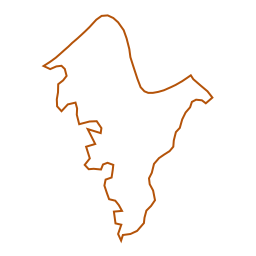 the district of Barra do Guarita, Rio Grande do Sul, Brazil
{"feature_id": "56859067B90277540164960", "entity_name": "Barra do Guarita", "entity_type": "district", "adm_level": 2, "iso_a3": "BRA", "parent_name": "Brazil", "parent_adm1": "Rio Grande do Sul", "projection": "robinson", "projection_center": [-53.764, -27.213], "detail": "fine", "context": "isolated", "style": "outline", "palette": "amber", "viewbox_px": 256, "rotation_deg": 0, "n_neighbors": 0, "source": "geoboundaries", "source_scale": "gbopen_adm2", "svg_char_len": 1372}
<svg xmlns="http://www.w3.org/2000/svg" viewBox="0 0 256 256"><path d="M43.6,66.0L50.2,69.1L56.4,66.4L61.5,65.8L64.8,69.0L66.6,75.9L63.1,80.4L58.2,84.2L58.0,92.4L56.8,99.3L57.1,106.3L61.5,111.2L67.8,104.4L75.5,102.6L77.1,108.5L76.8,114.7L79.2,124.2L89.6,121.5L96.7,121.2L101.4,128.1L100.7,133.1L87.7,129.1L95.2,144.0L86.1,146.7L89.8,158.4L84.7,164.9L88.7,169.2L93.7,168.8L101.0,169.5L103.0,164.5L107.5,162.8L113.3,164.9L112.7,170.2L111.6,177.5L105.6,179.6L104.4,185.6L106.9,193.1L109.1,199.2L115.3,200.7L118.8,205.1L122.0,210.9L113.9,211.6L115.5,223.4L121.3,224.7L118.1,234.0L121.1,240.6L122.9,235.0L130.4,234.0L137.1,230.9L143.9,223.1L144.5,217.7L146.4,210.6L151.1,205.9L155.0,200.2L153.1,190.5L149.7,184.2L149.0,178.3L151.8,172.8L154.0,163.9L159.0,158.1L163.8,154.8L169.6,151.1L173.3,146.7L173.8,140.4L175.9,132.1L179.8,127.9L182.2,119.4L185.6,112.5L190.1,107.3L191.9,101.9L196.1,99.7L201.9,100.3L205.8,103.3L212.4,97.6L207.5,91.3L200.7,85.6L193.3,79.2L190.8,75.3L187.2,77.8L182.3,81.1L175.7,84.9L171.3,87.0L163.8,90.3L158.2,91.9L152.7,92.9L148.3,92.9L144.4,91.3L140.6,87.2L137.4,78.8L135.2,72.1L133.4,66.6L130.4,57.2L129.3,49.0L126.6,38.4L123.7,30.2L118.1,22.3L113.3,18.0L107.7,15.4L101.6,15.9L96.3,19.7L92.8,23.5L89.6,27.0L85.0,31.5L77.5,38.4L72.1,43.0L68.4,46.6L63.6,50.8L59.8,54.2L55.8,57.7L50.3,61.7L43.6,66.0Z" fill="none" stroke="#b45309" stroke-width="2"/></svg>